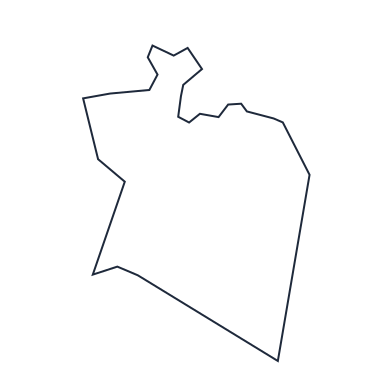 outline of Taguig, rotated 17°
{"feature_id": "PHL-5558", "entity_name": "Taguig", "entity_type": "Highly Urbanized City", "adm_level": 1, "iso_a3": "PHL", "parent_name": "Philippines", "parent_adm1": "", "projection": "albers", "projection_center": [121.075, 14.506], "detail": "fine", "context": "isolated", "style": "outline", "palette": "slate", "viewbox_px": 384, "rotation_deg": 17, "n_neighbors": 0, "source": "natural_earth", "source_scale": "10m", "svg_char_len": 486}
<svg xmlns="http://www.w3.org/2000/svg" viewBox="0 0 384 384"><g transform="rotate(17 192 192)"><path d="M299.4,141.2L323.5,328.5L164.5,287.5L142.4,285.2L121.3,300.0L124.7,201.8L92.6,188.1L60.5,134.3L84.9,121.8L121.4,106.9L124.7,89.8L110.3,76.1L111.4,63.5L134.6,66.9L145.7,55.5L165.6,71.5L152.3,92.1L153.4,103.5L156.8,124.1L168.9,126.4L176.7,114.9L195.5,112.6L201.0,97.8L213.2,93.2L220.9,98.9L248.6,97.8L258.5,98.9L299.4,141.2Z" fill="none" stroke="#1e293b" stroke-width="2"/></g></svg>